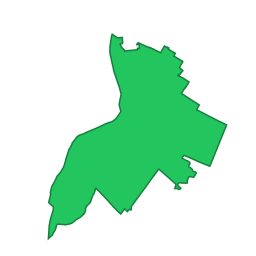 Copaceni, Giurgiu, Romania, rotated 80°
{"feature_id": "2599482B89943815520443", "entity_name": "Copaceni", "entity_type": "district", "adm_level": 2, "iso_a3": "ROU", "parent_name": "Romania", "parent_adm1": "Giurgiu", "projection": "mercator", "projection_center": [26.1, 44.268], "detail": "fine", "context": "isolated", "style": "filled", "palette": "green", "viewbox_px": 256, "rotation_deg": 80, "n_neighbors": 0, "source": "geoboundaries", "source_scale": "gbopen_adm2", "svg_char_len": 4240}
<svg xmlns="http://www.w3.org/2000/svg" viewBox="0 0 256 256"><g transform="rotate(80 128 128)"><path d="M223.1,225.6L221.8,223.5L220.8,221.8L220.3,220.9L219.9,220.7L219.1,220.4L218.6,219.9L218.4,219.8L217.6,219.0L217.4,218.9L216.8,218.3L216.7,218.2L216.1,217.6L215.5,217.2L214.4,216.6L214.1,216.5L213.2,216.0L211.8,215.5L211.7,215.5L211.6,215.4L211.1,215.1L210.8,214.7L210.6,214.3L210.5,214.0L210.6,213.4L210.8,212.3L211.8,208.6L212.3,206.8L212.5,206.0L212.4,204.1L212.3,201.6L212.1,200.2L211.2,198.3L211.1,198.1L210.7,197.3L209.1,194.7L208.4,192.5L207.7,190.7L207.4,190.1L206.7,188.9L205.0,186.3L204.4,185.6L203.8,185.2L202.9,184.9L202.1,184.2L200.2,183.8L199.4,183.5L198.7,183.1L198.1,182.5L197.9,182.3L196.2,180.0L195.3,178.8L195.2,178.6L194.6,177.9L194.0,177.6L193.5,177.3L193.3,177.2L192.2,176.7L190.6,175.7L189.1,174.9L187.1,173.3L186.6,172.9L186.1,172.5L184.4,171.6L182.7,170.9L183.0,170.8L182.8,170.7L182.4,170.3L181.9,169.9L189.0,165.0L189.1,164.9L195.9,160.5L202.5,156.5L202.7,156.4L208.3,152.5L208.5,152.5L211.4,150.1L211.5,150.0L211.4,149.9L209.3,147.7L209.0,147.4L207.0,145.4L208.9,144.1L210.1,143.3L210.3,143.1L208.9,141.7L208.5,140.8L208.4,140.2L208.8,139.8L209.3,139.5L209.1,139.2L208.9,138.9L207.5,138.6L206.0,138.4L202.5,134.8L191.5,123.3L188.3,119.9L183.5,115.1L180.0,111.4L174.1,105.2L173.9,104.7L179.6,100.2L180.0,99.8L180.9,99.1L183.3,97.2L189.7,92.2L191.7,90.5L193.5,91.3L194.3,91.6L195.7,92.5L195.7,91.8L195.9,91.6L195.9,91.4L195.9,90.7L196.4,90.0L197.1,89.0L197.4,88.4L197.2,87.5L196.8,86.7L196.4,86.4L193.9,88.4L193.0,89.1L192.1,88.7L191.0,87.6L190.9,87.0L191.0,86.0L191.4,85.0L191.8,83.5L192.3,80.5L192.5,79.2L188.8,78.2L188.3,77.8L186.8,76.6L186.5,76.1L186.5,75.7L186.8,74.9L187.7,72.5L187.9,71.8L187.7,71.6L185.9,70.0L184.1,68.5L183.3,69.0L182.7,69.8L182.4,70.6L182.3,70.9L182.0,71.3L181.8,71.4L180.6,71.8L179.7,72.0L179.2,72.4L178.1,73.2L177.7,73.8L177.4,74.4L177.0,74.7L176.8,74.9L175.9,74.8L175.5,74.7L175.3,74.6L175.2,74.6L174.5,73.7L173.4,73.0L172.8,73.1L172.4,73.3L170.7,75.1L170.1,76.2L168.9,77.7L167.3,80.0L166.4,79.8L164.9,77.8L165.1,76.8L166.8,74.2L168.8,71.2L170.8,68.2L172.9,65.2L177.0,58.8L179.7,54.4L179.8,54.1L178.8,53.4L177.9,52.8L177.6,52.6L175.7,51.4L175.0,51.0L174.6,50.7L174.1,50.4L171.1,48.5L169.5,47.5L167.9,46.5L166.1,45.4L163.3,43.6L161.7,42.7L159.6,41.3L158.5,40.6L156.8,39.6L155.8,38.9L155.5,38.8L153.0,37.2L150.3,35.5L148.3,34.2L147.4,33.7L146.4,33.1L145.2,32.3L144.7,32.0L144.3,31.7L143.5,31.2L143.1,31.0L142.5,30.6L142.4,30.6L142.1,30.4L141.8,30.8L141.6,31.1L141.3,31.5L141.0,31.9L140.6,32.4L140.1,33.0L139.6,33.7L139.5,33.8L139.1,34.3L138.7,34.9L138.0,35.9L137.7,36.5L137.5,36.8L136.4,38.2L135.6,39.3L135.4,39.5L135.0,40.1L134.3,41.0L133.5,42.0L133.3,42.3L132.7,43.1L131.9,44.2L130.9,45.5L130.4,46.1L129.7,47.1L129.4,47.4L129.3,47.6L129.0,47.9L128.9,48.1L128.7,48.4L128.5,48.6L127.9,49.4L127.6,49.7L127.4,50.0L127.1,50.4L127.0,50.6L126.9,50.7L125.9,52.0L125.1,53.0L124.9,53.3L124.3,54.1L122.6,56.4L122.5,56.6L122.2,56.9L122.0,57.3L120.5,56.1L118.0,54.0L117.8,53.9L117.7,53.8L117.5,54.0L117.1,54.5L115.6,56.1L107.6,64.7L104.3,68.2L103.6,69.0L103.2,69.4L98.2,64.8L98.5,64.5L93.3,59.9L88.0,65.5L85.1,69.7L84.5,68.8L84.9,68.5L83.7,66.8L83.3,67.0L81.2,64.0L77.2,66.8L72.2,62.5L71.8,62.6L65.1,70.4L62.7,68.4L57.3,74.7L56.3,73.9L55.1,75.4L55.5,75.8L53.5,77.9L59.5,82.7L55.3,88.8L55.1,88.7L52.4,92.7L52.8,92.9L49.9,97.1L47.0,101.3L46.2,102.5L45.8,103.3L45.9,103.5L46.1,103.9L47.5,104.9L47.7,102.6L51.4,103.0L51.2,104.9L52.6,105.0L51.6,117.0L51.9,117.9L50.4,118.2L49.3,118.9L47.9,120.0L46.2,120.7L44.1,121.3L43.9,121.2L43.9,119.1L43.2,118.4L37.8,117.9L37.4,122.6L37.1,123.1L36.3,123.8L35.5,124.6L32.9,127.3L33.6,127.7L34.6,128.2L36.6,128.9L43.1,131.1L44.4,131.5L45.1,131.7L51.0,132.8L70.3,132.0L86.9,129.4L93.6,128.9L103.3,132.7L110.6,132.2L114.7,136.1L116.8,138.4L119.0,142.6L119.6,147.8L122.9,160.0L124.8,168.7L126.2,173.8L126.4,176.5L127.7,179.5L132.9,185.3L136.8,187.9L139.1,190.0L143.4,192.2L147.5,194.4L152.2,196.5L155.7,198.5L159.2,201.6L161.7,204.2L163.0,206.1L166.8,208.7L172.6,213.3L177.8,215.6L180.5,215.9L186.0,218.4L187.8,219.0L192.7,215.2L195.6,215.8L201.7,218.9L204.7,220.4L210.6,222.6L217.4,224.2L223.1,225.6Z" fill="#22c55e" stroke="#15803d" stroke-width="1.5"/></g></svg>